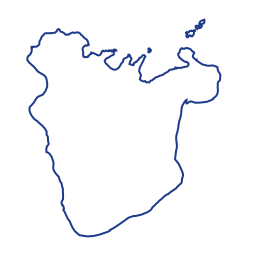 outline of Nyamagana, Mwanza, United Republic of Tanzania, rotated 85°
{"feature_id": "72390352B17873975087440", "entity_name": "Nyamagana", "entity_type": "district", "adm_level": 2, "iso_a3": "TZA", "parent_name": "United Republic of Tanzania", "parent_adm1": "Mwanza", "projection": "albers", "projection_center": [32.9, -2.576], "detail": "fine", "context": "isolated", "style": "outline", "palette": "blue", "viewbox_px": 256, "rotation_deg": 85, "n_neighbors": 0, "source": "geoboundaries", "source_scale": "gbopen_adm2", "svg_char_len": 5570}
<svg xmlns="http://www.w3.org/2000/svg" viewBox="0 0 256 256"><g transform="rotate(85 128 128)"><path d="M71.2,48.3L66.9,53.7L65.8,53.7L66.0,54.5L63.4,56.9L62.3,57.2L60.2,56.4L59.9,56.2L59.5,55.6L58.7,55.5L58.1,55.9L57.3,57.1L55.1,58.7L54.1,60.4L53.9,61.7L53.6,61.8L53.4,62.3L53.5,63.8L54.1,65.3L53.8,66.2L53.4,66.8L53.6,67.4L53.3,67.7L53.6,68.2L54.1,68.6L55.1,69.5L56.5,69.8L57.8,70.7L58.3,71.4L59.2,71.7L61.4,71.0L62.6,70.5L63.5,69.3L64.5,68.6L66.8,65.7L67.1,65.2L67.2,63.8L68.3,62.8L68.6,62.2L70.5,62.2L71.8,63.6L72.3,68.1L72.8,69.9L72.5,71.4L72.5,73.2L72.8,73.9L72.9,74.9L72.0,74.9L71.9,75.5L73.0,75.4L73.2,77.8L73.6,78.3L73.6,80.3L73.8,81.7L74.8,82.4L75.7,84.1L76.3,85.7L78.2,88.9L78.6,91.5L79.8,94.5L80.0,96.0L80.4,96.7L81.1,97.2L81.7,98.8L82.6,99.7L82.9,101.4L84.4,102.8L84.1,105.7L83.7,106.4L82.8,106.8L82.9,108.6L82.7,109.2L82.4,109.9L80.7,111.9L80.1,111.9L76.7,110.5L75.3,110.8L73.9,111.5L72.3,112.0L70.4,111.5L67.4,110.2L66.3,109.2L65.2,108.8L61.8,106.5L60.1,105.9L58.7,104.6L58.1,104.5L57.2,105.1L56.8,105.7L56.8,106.9L59.0,109.1L59.0,110.0L59.2,110.6L60.5,111.1L61.7,112.8L62.7,113.6L62.6,114.2L63.3,114.9L63.8,116.5L65.8,116.9L66.0,117.5L65.3,118.6L64.8,120.4L64.4,121.0L62.3,120.3L59.7,118.6L59.1,118.5L58.4,118.7L58.0,119.3L56.0,119.7L55.0,120.4L55.0,120.9L55.1,121.3L55.5,121.3L55.8,121.0L56.3,121.6L56.8,121.6L57.9,123.8L58.6,125.9L59.7,126.8L61.7,127.2L62.6,128.6L65.6,130.7L67.5,132.4L68.2,133.6L68.8,135.2L68.6,137.2L66.9,140.0L61.6,144.5L59.7,145.4L59.0,145.3L57.9,144.6L56.6,143.0L56.0,140.9L54.5,138.4L53.7,135.9L52.8,135.6L50.9,135.7L50.2,135.2L50.1,134.9L50.3,134.3L49.9,134.0L49.8,133.0L49.3,133.3L49.3,133.8L48.9,133.8L48.8,134.1L48.9,134.4L48.7,135.2L49.7,135.6L50.2,136.8L49.8,136.7L49.2,137.1L49.1,137.6L49.2,137.8L49.6,137.8L49.7,138.9L48.9,140.0L49.7,140.4L49.7,141.5L49.0,142.6L48.9,143.3L49.5,144.0L49.5,145.0L49.3,145.6L48.9,145.8L48.9,146.3L49.0,146.8L52.1,148.8L52.8,149.5L53.1,150.4L53.1,151.2L52.6,152.4L51.2,154.1L51.1,155.0L50.2,156.1L50.1,157.4L49.6,158.0L50.0,158.3L51.1,158.4L51.3,159.3L51.8,160.0L52.8,160.9L52.8,161.3L53.3,161.8L53.8,161.9L53.9,162.8L53.5,163.4L53.7,165.2L53.3,165.4L52.9,166.2L52.2,166.0L51.2,166.4L48.7,166.0L45.4,166.4L44.4,166.1L42.6,164.4L42.0,163.4L42.4,162.6L42.4,161.8L41.5,160.8L42.0,160.6L42.1,160.1L41.8,159.9L40.3,160.0L37.7,160.7L36.5,161.3L35.4,162.5L34.9,163.3L32.0,165.5L31.1,166.6L29.6,167.5L28.5,169.1L28.3,171.1L28.6,173.1L28.1,174.3L28.0,175.1L28.8,176.5L28.8,177.6L29.4,178.6L29.8,178.9L29.8,180.0L29.5,180.9L29.6,182.1L28.1,183.2L27.6,184.0L26.8,184.9L26.2,186.5L25.8,186.9L23.9,187.8L23.4,188.4L23.4,189.0L23.8,189.7L24.9,190.1L26.6,192.1L27.0,195.6L26.6,196.4L26.8,197.9L26.5,200.3L26.5,202.4L29.8,206.2L31.2,206.7L33.7,208.4L34.8,208.8L37.0,209.1L37.9,210.0L39.0,212.1L38.8,214.4L39.2,215.4L38.6,216.4L38.9,217.1L39.7,216.9L39.7,217.1L40.3,217.2L41.8,217.0L43.7,217.5L45.7,218.6L46.4,219.2L47.5,221.0L48.1,221.3L48.6,221.8L51.2,222.5L53.9,221.0L59.2,216.1L61.5,214.4L62.9,213.7L64.1,212.6L67.8,207.5L69.3,205.9L71.6,205.0L76.2,204.6L79.7,204.9L82.9,206.4L84.7,207.5L85.3,208.2L87.3,209.8L88.8,214.4L89.6,215.8L90.9,217.0L94.8,219.9L98.8,224.3L102.5,224.6L105.5,223.7L107.4,222.9L109.9,221.3L111.3,220.2L113.1,217.9L115.3,216.1L118.2,213.2L120.7,211.3L123.0,210.0L125.0,209.3L126.3,209.7L127.8,209.6L129.6,208.6L133.6,208.8L136.8,208.4L138.0,209.0L138.9,210.1L141.1,211.1L144.8,211.4L145.3,210.2L146.8,208.4L150.3,206.5L154.9,205.4L156.7,205.2L161.1,206.0L163.7,205.7L167.4,203.7L170.5,201.3L175.0,200.3L177.5,198.9L180.4,198.8L182.3,198.2L190.0,198.6L193.4,199.0L195.1,200.3L196.8,200.8L199.3,200.2L199.4,199.6L200.7,199.1L202.9,198.8L203.7,199.6L207.5,197.9L213.0,196.0L215.5,194.4L222.1,192.1L226.2,189.9L230.5,185.8L232.4,178.2L232.6,172.5L231.8,166.1L229.5,156.6L228.5,154.7L228.1,154.9L225.8,149.8L220.7,140.7L217.4,135.3L216.2,130.5L216.3,127.8L215.4,121.9L213.6,116.1L212.6,114.0L211.3,112.1L208.9,110.3L207.5,108.2L205.7,106.4L204.5,104.6L203.2,103.2L201.4,100.4L199.5,98.1L198.1,96.0L197.3,94.0L197.4,93.8L195.5,91.2L192.6,85.8L190.1,83.1L187.9,80.1L186.8,79.2L183.5,78.6L180.1,77.3L177.9,77.3L174.8,78.2L168.2,80.6L163.4,83.8L162.9,83.8L154.5,82.0L152.0,81.1L149.3,80.8L146.9,80.8L144.8,81.0L141.0,80.8L137.6,79.8L135.9,79.0L133.8,78.5L132.2,77.8L130.7,77.7L126.0,76.5L121.4,74.6L117.0,73.5L113.9,73.1L111.0,72.2L107.2,69.6L105.2,67.6L105.1,67.2L107.1,67.8L107.9,67.8L108.6,67.5L108.7,67.1L107.4,64.9L106.9,63.1L108.7,58.7L109.0,54.5L108.8,47.4L108.0,44.3L106.6,40.6L106.0,40.6L104.3,38.0L103.6,37.3L102.0,36.1L98.4,35.1L94.8,35.1L92.4,34.7L91.6,34.8L89.6,33.9L88.9,32.6L87.2,32.0L83.8,31.4L82.2,31.6L78.9,33.3L75.8,33.7L75.1,33.6L74.6,34.5L73.1,38.0L73.0,42.9L71.2,48.3ZM37.6,54.1L37.1,52.7L36.5,52.8L36.3,53.7L37.0,55.1L37.0,55.7L36.6,56.1L36.6,56.6L36.9,56.8L36.8,58.2L38.0,59.3L38.0,59.9L37.5,60.9L38.1,61.3L38.2,61.9L38.6,61.9L39.0,60.9L39.4,60.8L40.4,60.9L40.9,61.8L41.8,61.8L42.3,61.1L42.8,61.1L42.7,60.2L41.7,59.7L41.0,58.4L41.6,58.1L42.3,56.4L41.7,56.1L41.7,55.5L41.4,55.0L40.3,54.4L39.0,53.9L37.6,54.1ZM27.9,42.5L26.8,42.5L27.5,45.3L28.1,46.6L29.6,47.7L30.2,47.7L30.6,48.0L32.0,47.6L32.5,48.1L32.7,48.4L32.6,49.8L32.0,50.6L32.1,51.3L32.9,51.8L33.6,51.8L34.8,51.2L35.5,50.5L33.6,48.4L33.8,48.2L34.4,48.3L34.7,48.1L34.5,47.0L34.2,46.4L33.7,45.9L32.7,45.5L32.2,45.6L32.1,45.9L31.0,45.9L31.2,45.4L30.5,44.6L30.5,43.8L30.0,43.1L29.7,43.0L29.3,42.7L28.5,42.8L27.9,42.5ZM54.5,100.4L53.7,98.9L52.7,98.8L52.7,98.5L52.3,98.4L50.7,99.6L50.5,100.1L50.7,100.7L52.0,100.7L52.5,100.5L53.6,101.0L54.2,101.1L54.5,100.4Z" fill="none" stroke="#1e3a8a" stroke-width="2"/></g></svg>